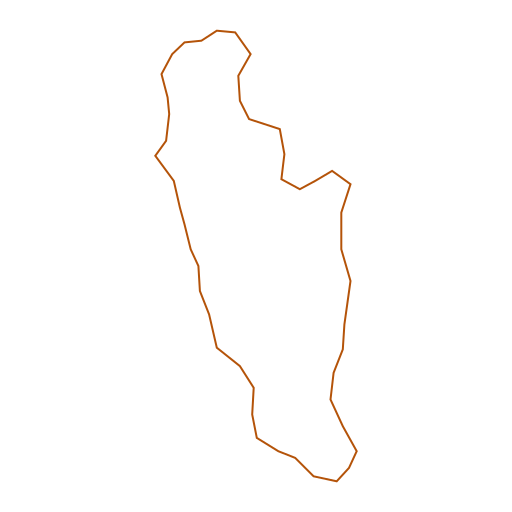 Templos, Cyprus
{"feature_id": "46923920B79471002373027", "entity_name": "Templos", "entity_type": "district", "adm_level": 2, "iso_a3": "CYP", "parent_name": "Cyprus", "parent_adm1": "", "projection": "equal_earth", "projection_center": [33.291, 35.33], "detail": "fine", "context": "isolated", "style": "outline", "palette": "amber", "viewbox_px": 512, "rotation_deg": 0, "n_neighbors": 0, "source": "geoboundaries", "source_scale": "gbopen_adm2", "svg_char_len": 718}
<svg xmlns="http://www.w3.org/2000/svg" viewBox="0 0 512 512"><path d="M155.3,155.8L173.8,180.9L179.9,207.6L184.5,224.3L190.7,249.3L198.4,266.0L199.9,291.0L209.1,314.4L216.8,347.7L239.9,366.1L253.7,387.8L252.2,414.5L256.8,437.9L278.3,451.2L295.2,457.9L313.6,476.3L336.7,481.3L349.0,467.9L356.7,451.2L342.8,426.2L330.5,399.5L333.6,372.8L342.8,349.4L344.4,324.4L350.5,281.0L341.3,249.3L341.3,212.6L350.5,184.2L332.1,170.9L315.2,180.9L299.8,189.2L284.9,181.1L281.4,179.2L283.2,164.0L284.4,154.2L279.8,129.1L249.1,119.1L239.9,100.8L238.3,75.8L250.6,54.1L235.2,32.4L216.8,30.7L201.4,40.7L184.5,42.4L172.2,54.1L161.5,74.1L167.6,97.4L169.2,114.1L166.1,140.8L155.3,155.8Z" fill="none" stroke="#b45309" stroke-width="2"/></svg>